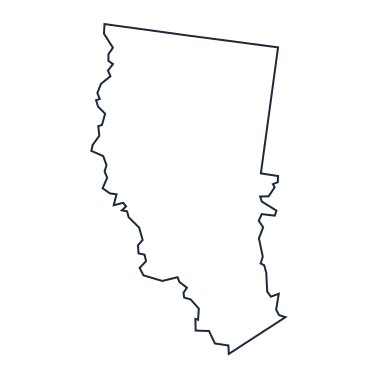 Cherokee, Texas, United States of America (Albers equal-area conic projection), rotated 8°
{"feature_id": "52423323B13396294206268", "entity_name": "Cherokee", "entity_type": "district", "adm_level": 2, "iso_a3": "USA", "parent_name": "United States of America", "parent_adm1": "Texas", "projection": "albers", "projection_center": [-95.197, 31.782], "detail": "fine", "context": "isolated", "style": "outline", "palette": "slate", "viewbox_px": 384, "rotation_deg": 8, "n_neighbors": 0, "source": "geoboundaries", "source_scale": "gbopen_adm2", "svg_char_len": 1115}
<svg xmlns="http://www.w3.org/2000/svg" viewBox="0 0 384 384"><g transform="rotate(8 192 192)"><path d="M82.0,37.9L82.8,47.5L93.6,60.1L90.1,67.2L91.0,73.8L95.9,76.3L91.9,83.5L95.1,88.7L86.8,97.6L84.5,107.1L87.7,112.8L84.2,114.4L87.1,120.5L95.1,126.6L93.5,138.2L90.0,139.8L92.4,149.2L87.1,159.2L86.6,165.3L99.1,168.8L103.6,177.3L102.6,183.9L106.0,189.7L103.0,200.8L110.9,204.8L117.6,204.8L116.3,216.0L125.4,212.3L128.7,215.5L125.1,219.9L130.4,220.2L132.8,225.8L144.7,234.7L149.8,246.4L145.9,252.3L147.6,260.2L153.8,260.7L156.1,267.0L150.7,274.4L155.5,281.3L175.0,284.2L189.6,278.4L192.1,282.9L200.3,287.5L197.6,293.0L198.9,297.6L205.6,298.6L215.0,306.6L215.8,317.7L213.0,317.2L214.9,328.7L228.2,327.3L235.8,338.8L249.4,338.9L251.0,347.2L302.0,302.9L295.3,301.8L291.7,296.8L292.1,280.7L284.7,284.7L280.3,280.1L276.8,261.7L273.7,254.5L269.9,253.2L271.1,246.2L264.7,228.6L267.4,217.1L262.1,211.2L264.1,204.2L277.3,203.9L278.2,198.7L262.4,191.7L260.1,187.0L268.5,185.6L273.2,175.8L271.0,173.0L275.6,170.3L275.0,164.2L257.6,164.0L257.1,36.8L167.6,37.6L82.0,37.9Z" fill="none" stroke="#1e293b" stroke-width="2"/></g></svg>